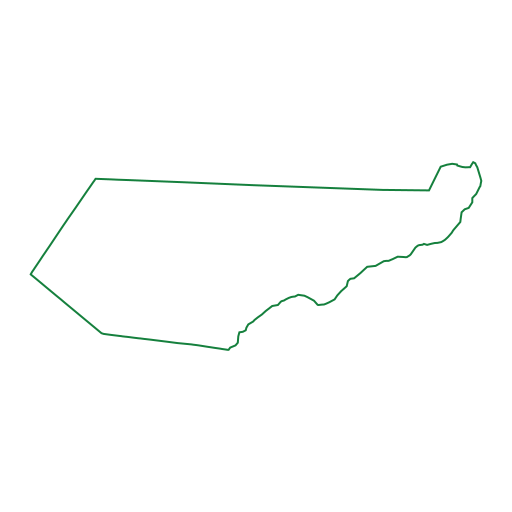 the district of Al Matama, River Nile, Sudan
{"feature_id": "16777658B39370875153470", "entity_name": "Al Matama", "entity_type": "district", "adm_level": 2, "iso_a3": "SDN", "parent_name": "Sudan", "parent_adm1": "River Nile", "projection": "mercator", "projection_center": [32.797, 16.702], "detail": "fine", "context": "isolated", "style": "outline", "palette": "green", "viewbox_px": 512, "rotation_deg": 0, "n_neighbors": 0, "source": "geoboundaries", "source_scale": "gbopen_adm2", "svg_char_len": 2579}
<svg xmlns="http://www.w3.org/2000/svg" viewBox="0 0 512 512"><path d="M30.7,274.4L35.7,278.5L42.9,284.5L47.2,288.1L56.1,295.5L61.0,299.5L64.4,302.4L82.1,317.1L101.5,333.2L103.6,333.9L111.0,334.9L118.4,335.8L120.9,336.1L121.7,336.2L122.0,336.3L125.5,336.7L126.8,336.8L127.2,336.9L127.5,336.9L130.0,337.2L131.4,337.4L135.3,337.9L136.3,338.0L137.8,338.2L139.7,338.4L140.1,338.4L144.7,339.0L144.9,339.0L151.0,339.7L154.1,340.1L160.5,340.9L167.7,341.8L175.4,342.8L177.8,343.1L191.4,344.4L193.3,344.7L196.7,345.1L198.8,345.4L207.6,346.8L211.0,347.3L214.2,347.8L214.9,347.9L220.5,348.7L221.5,348.9L222.1,349.0L226.3,349.6L227.4,349.8L228.0,349.8L228.6,349.8L230.2,347.6L235.5,345.4L237.8,342.7L238.3,336.3L239.4,332.3L242.8,331.8L245.7,330.3L246.4,327.7L248.3,324.4L253.2,321.5L254.5,320.0L257.9,317.3L261.9,314.5L265.6,311.1L272.2,306.0L277.9,305.0L280.8,301.7L281.8,301.1L284.0,300.5L285.6,299.5L288.8,297.9L291.3,297.0L293.0,296.7L295.0,296.5L298.2,294.8L300.8,295.2L304.4,295.7L307.6,297.2L314.0,300.7L316.2,303.2L317.6,304.8L318.5,305.0L322.1,304.6L324.0,304.5L326.1,303.7L329.4,302.2L334.6,299.4L337.3,295.4L341.2,291.1L345.5,287.3L346.7,286.2L347.9,281.1L349.1,279.9L350.4,278.8L354.1,278.3L360.5,273.0L363.7,270.0L367.2,266.8L371.8,266.3L375.6,265.9L377.5,264.8L383.8,261.2L386.0,260.9L388.2,260.9L389.0,260.7L391.0,259.8L392.5,259.2L395.2,257.9L397.7,256.7L403.4,257.0L405.6,257.2L406.9,257.1L408.6,256.0L409.5,255.5L410.7,254.4L415.4,247.6L417.7,245.7L419.2,245.1L420.2,245.0L422.6,244.7L423.9,243.9L427.1,244.9L431.2,243.8L434.8,243.0L437.4,242.9L441.2,242.1L442.5,241.4L443.8,240.6L445.0,239.8L447.3,237.7L448.3,236.7L451.7,232.8L453.1,230.5L453.8,229.6L460.3,222.0L460.7,218.7L461.6,212.3L464.7,209.3L468.7,207.9L471.6,203.4L472.3,202.3L472.3,198.1L473.1,197.2L476.2,194.0L479.2,188.0L479.5,187.3L480.3,186.2L480.8,183.3L481.3,180.9L480.5,177.9L477.3,167.3L475.8,164.6L475.3,163.3L473.2,162.2L471.9,164.1L470.1,167.2L468.9,167.2L466.4,167.3L465.2,167.3L462.4,167.0L460.2,166.4L457.3,165.5L457.0,164.5L452.2,163.8L447.0,164.7L440.7,166.7L429.0,190.4L382.2,189.9L253.7,185.2L182.3,182.2L129.2,180.1L117.7,179.7L111.4,179.4L95.8,178.8L95.6,178.8L95.3,179.2L95.2,179.3L94.9,179.8L94.1,181.0L93.4,181.9L89.4,187.7L87.0,191.1L77.2,205.4L75.7,207.6L68.5,217.9L67.9,218.8L67.5,219.3L67.0,220.1L65.3,222.6L63.5,225.2L56.2,236.1L49.4,246.3L46.5,250.5L46.2,251.0L42.9,255.8L40.0,260.2L36.5,265.4L34.6,268.2L34.4,268.5L34.1,269.0L32.8,270.9L32.5,271.3L32.4,271.4L32.1,271.9L31.9,272.3L31.4,273.1L31.3,273.3L30.8,274.1L30.7,274.4Z" fill="none" stroke="#15803d" stroke-width="2"/></svg>